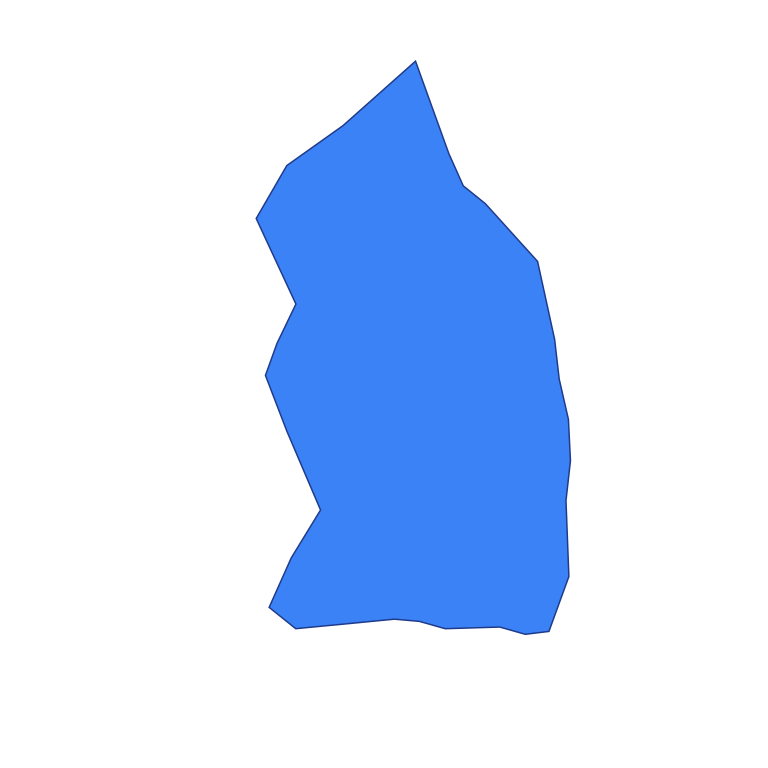 map outline of Bukedea (Equal Earth projection), rotated 339°
{"feature_id": "UGA-5591", "entity_name": "Bukedea", "entity_type": "District", "adm_level": 1, "iso_a3": "UGA", "parent_name": "Uganda", "parent_adm1": "", "projection": "equal_earth", "projection_center": [34.118, 1.359], "detail": "fine", "context": "isolated", "style": "filled", "palette": "blue", "viewbox_px": 768, "rotation_deg": 339, "n_neighbors": 0, "source": "natural_earth", "source_scale": "10m", "svg_char_len": 518}
<svg xmlns="http://www.w3.org/2000/svg" viewBox="0 0 768 768"><g transform="rotate(339 384 384)"><path d="M405.0,652.4L353.5,634.4L331.8,618.2L309.5,607.3L213.9,580.8L196.7,551.4L235.1,513.1L279.6,478.9L276.4,393.3L276.4,333.5L298.6,307.8L330.4,277.8L324.0,183.7L371.6,145.2L438.3,128.1L529.1,93.9L527.1,192.1L529.0,227.4L543.3,252.1L571.3,324.6L559.3,403.4L549.3,442.3L543.5,483.1L530.6,522.4L512.1,558.1L487.6,630.0L449.3,674.1L426.2,668.3L405.0,652.4Z" fill="#3b82f6" stroke="#1e3a8a" stroke-width="1.5"/></g></svg>